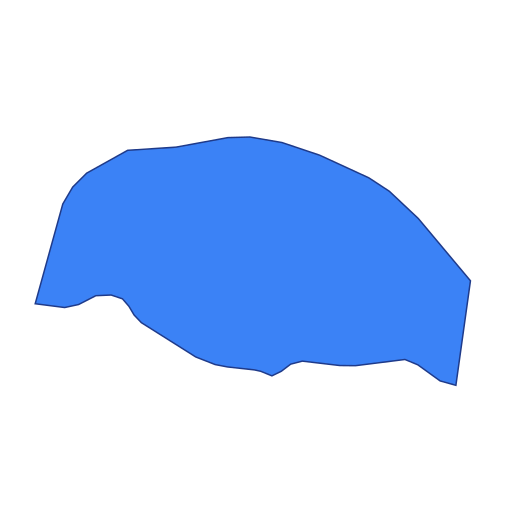 Govĭ-Sümber, Albers equal-area conic projection, rotated 95°
{"feature_id": "MNG-3330", "entity_name": "Govĭ-Sümber", "entity_type": "Municipality", "adm_level": 1, "iso_a3": "MNG", "parent_name": "Mongolia", "parent_adm1": "", "projection": "albers", "projection_center": [108.387, 47.737], "detail": "fine", "context": "isolated", "style": "filled", "palette": "blue", "viewbox_px": 512, "rotation_deg": 95, "n_neighbors": 0, "source": "natural_earth", "source_scale": "10m", "svg_char_len": 619}
<svg xmlns="http://www.w3.org/2000/svg" viewBox="0 0 512 512"><g transform="rotate(95 256 256)"><path d="M367.4,45.6L364.4,61.7L350.3,85.3L346.1,98.6L356.6,147.4L357.8,163.0L356.7,200.7L360.7,212.0L368.6,220.7L374.0,229.7L370.4,241.4L369.6,247.7L369.0,274.7L367.7,287.3L361.8,307.3L332.4,364.4L325.4,372.3L317.2,378.2L310.3,385.3L307.5,396.9L309.5,412.1L319.8,428.5L324.0,442.1L322.8,471.8L221.0,453.0L203.3,444.6L188.2,431.9L161.9,393.1L154.5,345.1L140.5,294.3L138.0,272.4L140.7,240.0L150.0,201.5L168.3,150.4L179.9,128.8L204.5,97.6L262.0,40.2L367.4,45.6Z" fill="#3b82f6" stroke="#1e3a8a" stroke-width="1.5"/></g></svg>